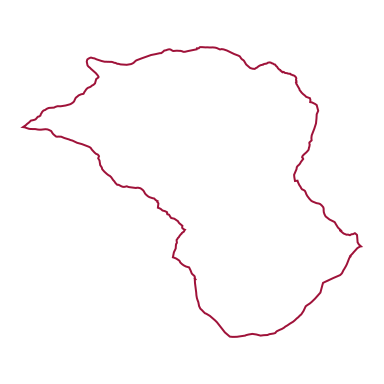 Rupea, Brasov, Romania (Robinson projection)
{"feature_id": "2599482B21199067234878", "entity_name": "Rupea", "entity_type": "district", "adm_level": 2, "iso_a3": "ROU", "parent_name": "Romania", "parent_adm1": "Brasov", "projection": "robinson", "projection_center": [25.187, 46.055], "detail": "fine", "context": "isolated", "style": "outline", "palette": "rose", "viewbox_px": 384, "rotation_deg": 0, "n_neighbors": 0, "source": "geoboundaries", "source_scale": "gbopen_adm2", "svg_char_len": 5851}
<svg xmlns="http://www.w3.org/2000/svg" viewBox="0 0 384 384"><path d="M361.0,246.4L358.9,244.5L357.6,242.3L357.1,235.8L356.9,234.8L354.9,233.2L353.1,234.1L351.4,234.3L349.9,235.2L348.0,234.6L346.5,234.7L343.6,233.5L340.0,230.5L340.0,230.2L340.6,230.1L338.0,227.6L335.7,223.9L334.9,222.4L334.3,221.9L329.5,219.5L325.7,216.5L325.5,216.2L324.5,214.3L323.8,212.2L323.6,209.9L323.7,209.0L323.3,207.3L321.7,205.4L320.2,204.1L319.0,203.6L316.4,203.1L312.5,201.5L311.3,200.8L309.5,198.9L307.3,196.0L306.3,194.2L305.7,192.5L304.9,190.9L303.8,190.1L302.0,189.3L301.2,188.2L300.4,186.6L299.5,185.4L298.8,184.0L298.1,182.5L297.5,180.7L295.0,181.0L294.3,177.1L294.1,174.8L296.5,169.2L296.8,167.2L297.7,165.9L299.1,164.7L300.0,163.6L301.0,161.8L303.2,159.0L303.0,158.3L302.2,157.5L302.1,157.2L302.4,156.4L302.7,155.8L303.9,154.5L306.4,152.3L308.3,150.2L308.7,149.3L309.0,147.4L309.3,147.0L309.7,144.6L309.4,143.8L309.4,142.8L309.4,142.5L311.6,140.4L311.4,138.0L311.7,135.4L314.3,128.7L316.0,123.4L316.5,118.3L316.7,114.3L318.2,110.8L316.7,105.1L315.0,103.9L311.9,102.4L310.2,102.1L310.4,99.9L309.9,98.2L306.1,96.8L305.1,95.7L303.0,94.0L301.2,92.2L301.1,91.8L300.1,90.7L299.6,90.0L299.4,89.0L297.3,85.4L296.9,84.5L296.3,83.8L296.2,83.1L295.9,82.3L296.0,82.1L296.5,81.9L296.3,81.4L296.4,80.8L296.1,80.4L296.0,79.7L296.3,78.4L296.0,77.4L295.0,76.3L294.6,75.9L293.4,75.3L292.6,75.2L291.5,74.6L290.9,74.5L290.5,74.2L290.3,73.8L288.0,73.6L287.2,73.2L285.4,73.0L284.5,72.7L284.1,72.2L283.7,72.0L283.3,71.9L282.5,72.3L282.2,72.1L282.0,71.6L281.5,71.4L281.3,71.1L280.5,70.7L280.3,70.0L279.2,69.5L278.0,68.3L277.1,66.8L276.2,66.1L275.1,64.6L274.2,64.4L272.6,63.4L271.6,63.2L270.8,62.6L269.5,62.4L267.9,62.7L266.6,63.6L266.0,63.6L265.6,63.8L265.0,63.8L264.0,64.0L263.2,64.6L262.9,64.5L261.8,65.0L261.2,65.0L259.7,65.6L258.4,66.4L256.8,67.7L256.0,68.0L255.5,68.4L254.7,68.9L252.5,68.7L250.2,68.0L246.5,64.8L246.1,64.4L244.1,61.0L243.4,60.2L242.1,59.4L241.2,58.5L240.3,57.1L239.7,56.3L238.3,55.6L234.1,54.0L226.9,50.5L223.6,49.4L221.6,49.1L220.4,49.4L219.8,49.4L216.7,48.0L215.0,47.6L212.7,47.4L210.0,47.5L207.2,47.3L205.7,47.4L201.6,47.1L200.2,47.1L199.7,47.3L198.7,48.3L196.9,48.3L196.7,49.3L187.8,51.1L184.9,51.8L183.3,51.8L181.9,51.2L180.6,50.9L178.6,50.8L176.6,50.7L173.5,51.0L172.6,50.8L170.7,49.6L169.7,49.3L169.1,49.3L167.4,49.7L166.2,50.2L164.2,50.6L163.2,51.6L161.3,53.1L159.7,53.2L155.7,54.1L151.1,55.0L141.8,58.3L136.5,60.3L135.7,60.8L133.5,62.9L132.2,63.6L131.0,64.1L126.7,64.8L120.5,64.4L118.3,63.8L117.3,63.8L115.5,62.9L114.3,62.8L112.6,62.1L111.6,61.9L104.5,61.7L101.6,61.0L96.4,59.3L94.5,58.4L92.7,58.1L91.1,57.6L90.4,57.7L88.5,58.6L87.3,59.5L86.8,61.3L86.8,61.9L87.5,65.3L87.8,65.8L88.7,66.8L90.0,67.8L90.8,68.7L95.8,73.1L97.5,75.1L98.5,76.6L98.5,77.2L98.3,77.5L96.2,79.1L95.0,83.4L93.5,84.8L91.8,85.7L90.8,86.6L90.1,87.0L88.0,87.8L87.4,88.2L86.1,89.5L85.3,90.8L84.6,91.7L83.5,93.8L81.1,94.3L78.6,95.4L77.2,96.7L76.5,97.1L75.5,98.2L74.1,101.3L73.7,101.8L73.1,102.4L71.4,103.6L70.0,104.3L65.6,105.5L60.5,106.3L57.6,106.2L55.6,106.8L54.0,107.6L49.3,107.9L48.2,108.1L47.7,108.5L46.7,108.8L45.3,109.9L43.6,110.5L42.9,111.1L41.9,112.3L41.5,113.2L40.8,114.2L40.4,115.6L39.0,116.5L38.0,116.7L37.6,117.0L36.1,118.8L35.5,119.4L33.8,120.0L30.9,120.6L29.1,122.4L26.9,124.1L25.8,125.2L23.0,127.1L25.0,127.4L26.5,128.0L29.0,128.8L30.6,129.0L35.4,129.1L38.2,129.6L40.7,129.7L44.4,129.3L45.6,129.2L47.4,129.4L48.6,129.8L50.9,130.9L51.3,131.2L52.3,132.9L53.3,134.2L56.0,136.5L57.0,136.7L58.6,136.6L61.2,136.7L64.3,138.0L69.2,139.5L70.3,140.0L72.5,140.6L77.1,142.8L81.9,144.1L88.7,146.7L89.7,147.2L90.7,147.9L91.9,149.7L94.6,152.6L96.0,153.8L97.7,154.5L98.6,155.5L99.0,156.2L98.2,158.3L99.5,160.5L100.2,165.1L101.8,167.5L102.2,169.2L104.3,171.6L106.8,173.9L108.6,175.3L109.7,175.8L111.2,177.2L113.1,180.0L114.4,181.4L115.3,182.8L117.1,184.7L117.4,184.8L118.6,184.8L121.4,186.3L122.8,186.8L123.8,186.9L124.8,186.8L126.8,186.3L128.2,186.9L129.0,187.1L136.0,188.0L136.5,187.8L138.0,187.7L140.2,188.2L141.3,188.8L143.1,190.3L143.8,191.2L145.0,193.4L145.7,194.3L147.7,196.1L149.3,197.1L152.6,198.2L154.2,198.5L155.7,200.1L157.1,200.9L156.9,201.0L157.2,201.4L157.4,202.2L157.8,202.4L158.4,203.4L157.9,207.7L159.7,208.4L160.8,209.0L162.5,210.5L164.8,211.1L166.7,212.0L167.1,212.3L167.1,213.8L167.4,214.3L168.6,214.5L169.1,214.8L170.5,217.1L171.2,218.0L174.3,218.7L178.1,221.3L178.6,222.4L179.4,223.3L182.4,225.8L182.2,226.7L182.2,227.7L182.5,228.3L184.2,229.5L184.9,229.8L184.4,230.4L184.0,231.5L181.9,233.0L181.5,233.8L180.8,234.3L179.2,236.4L178.9,237.1L177.9,238.0L177.3,239.1L176.6,240.0L176.7,241.4L176.9,242.2L176.8,243.0L176.1,244.1L175.9,245.4L175.7,248.5L173.9,252.3L172.9,257.3L174.4,257.8L176.3,258.6L179.0,260.4L179.8,261.3L180.2,262.4L180.5,262.7L182.1,264.2L183.8,265.4L185.9,266.5L189.1,267.4L190.6,270.5L191.6,273.1L192.0,273.8L193.6,275.3L194.3,275.8L194.9,277.2L194.6,278.3L195.0,278.6L195.5,279.4L194.8,279.7L195.0,283.1L196.2,292.5L196.4,295.2L196.9,298.1L197.5,300.0L198.3,302.1L199.1,306.1L200.3,308.6L200.9,309.2L202.0,310.2L203.3,311.6L204.9,313.2L206.4,313.8L209.9,315.9L215.1,320.4L217.0,322.3L224.9,332.4L229.8,336.6L232.5,336.9L236.9,336.8L245.1,335.6L246.2,335.1L248.7,334.5L252.4,333.9L256.4,334.5L260.6,335.6L263.6,335.2L267.5,335.0L269.4,334.2L273.6,333.5L275.0,333.1L275.4,332.9L276.0,332.0L276.9,331.2L279.8,329.8L282.0,328.9L284.0,327.7L285.3,326.6L287.4,325.4L290.0,323.6L293.0,321.8L294.6,320.5L296.9,318.3L298.1,317.4L298.9,316.5L299.0,316.5L299.6,315.9L300.0,315.4L301.2,314.5L303.5,311.0L305.7,306.3L307.3,305.1L309.8,303.5L311.7,301.9L315.0,298.7L320.4,292.6L322.5,284.7L323.1,282.8L333.6,277.9L340.1,275.1L341.4,273.9L342.1,273.0L343.5,270.1L344.2,269.1L346.1,265.8L347.0,263.9L349.1,258.5L349.6,257.5L350.5,256.6L350.1,256.1L352.7,253.4L353.5,252.4L357.4,248.1L359.9,246.6L361.0,246.4Z" fill="none" stroke="#9f1239" stroke-width="2"/></svg>